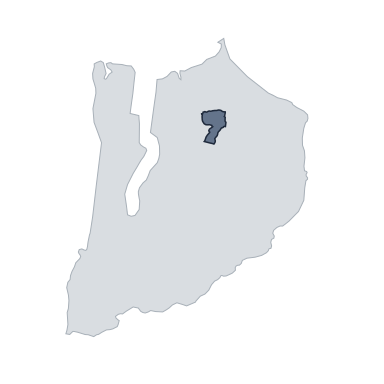 Mbacke, Diourbel, Senegal shown in context, rotated 97°
{"feature_id": "50182788B63857747785645", "entity_name": "Mbacke", "entity_type": "district", "adm_level": 2, "iso_a3": "SEN", "parent_name": "Senegal", "parent_adm1": "Diourbel", "projection": "orthographic", "projection_center": [-15.86, 14.756], "detail": "fine", "context": "in_parent", "style": "filled", "palette": "slate", "viewbox_px": 384, "rotation_deg": 97, "n_neighbors": 0, "source": "geoboundaries", "source_scale": "gbopen_adm2", "svg_char_len": 7165}
<svg xmlns="http://www.w3.org/2000/svg" viewBox="0 0 384 384"><g transform="rotate(97 192 192)"><path d="M300.9,175.2L305.7,183.5L304.8,187.6L303.8,193.5L306.5,197.7L309.7,200.4L312.0,203.0L314.6,206.5L315.1,213.5L314.7,218.6L316.4,220.8L317.8,223.7L317.6,226.1L316.7,228.3L313.7,231.2L313.3,236.4L318.3,242.7L321.5,246.1L321.5,248.1L322.4,250.3L324.8,252.8L326.2,252.2L327.8,250.1L328.5,248.6L332.7,249.2L334.7,249.8L337.5,253.9L338.6,256.7L339.3,260.1L342.2,264.4L344.7,267.4L345.3,269.3L347.5,271.9L346.3,277.7L346.5,280.6L345.1,288.4L344.8,292.0L344.9,293.3L348.3,296.0L348.1,299.9L344.6,299.3L338.7,299.0L326.8,301.2L322.7,300.5L314.8,300.9L309.3,302.1L302.2,304.7L296.7,304.2L293.7,302.3L289.8,302.4L285.4,301.4L280.7,299.6L276.4,298.7L271.7,295.2L269.5,294.6L268.0,295.5L266.8,296.7L265.4,297.5L262.9,296.9L261.9,294.4L262.7,292.1L262.9,290.3L261.7,289.4L258.9,289.1L254.3,289.1L247.0,288.5L245.3,288.1L228.8,287.6L211.7,287.7L197.2,287.8L178.9,287.8L166.1,287.8L154.1,287.8L144.8,292.5L134.8,297.7L121.3,300.5L105.8,299.4L100.8,300.2L95.7,302.4L91.9,304.1L86.5,305.1L79.6,304.2L76.8,304.7L75.1,302.4L73.1,298.6L74.4,295.8L78.6,294.0L84.9,291.7L88.3,292.9L90.2,293.0L90.6,291.5L89.9,290.7L85.2,288.6L82.7,285.9L80.6,287.5L78.9,290.8L77.4,291.8L75.2,292.7L74.0,290.4L73.5,288.2L74.5,286.6L74.0,277.1L74.6,272.1L74.3,267.7L77.3,264.8L80.2,263.0L91.2,262.9L101.5,262.7L111.5,262.9L121.6,263.0L122.6,254.1L125.8,253.5L130.6,252.5L139.5,251.5L149.4,250.4L151.5,248.7L153.2,245.7L154.2,243.1L156.3,242.0L159.0,242.9L162.7,244.2L166.5,246.4L170.8,248.3L173.7,249.5L180.6,252.6L192.5,256.9L202.3,258.5L214.0,255.3L222.5,253.2L223.5,249.4L222.2,245.7L215.8,242.3L207.2,242.8L204.6,243.7L200.6,244.9L198.2,245.3L194.1,244.6L188.9,241.7L185.7,238.8L181.2,237.4L175.8,236.1L167.1,230.0L162.6,229.0L158.4,228.7L150.2,229.9L142.2,233.1L138.0,240.5L130.1,240.4L113.1,240.2L97.5,239.9L84.6,240.4L83.3,235.1L80.3,230.8L75.4,227.2L74.3,223.8L76.0,220.8L80.8,218.5L81.9,216.7L79.4,217.0L75.6,218.5L73.1,218.6L72.8,213.9L68.6,207.9L63.9,197.7L58.6,193.5L54.2,185.3L49.5,182.1L45.2,180.6L41.6,180.9L40.2,184.6L35.7,179.2L41.9,177.3L55.3,170.6L70.7,151.2L84.5,128.3L86.3,122.9L88.0,118.7L89.2,109.3L91.1,103.8L93.0,102.7L95.3,98.4L98.1,90.9L101.3,86.7L104.8,85.9L107.6,86.3L109.5,87.8L115.3,88.8L124.9,89.1L132.2,88.0L137.5,85.4L144.3,84.1L152.8,84.0L157.2,82.9L157.7,80.7L158.8,80.1L160.5,80.9L162.2,80.6L163.8,79.0L165.3,78.9L166.9,80.3L174.0,80.6L186.6,80.0L198.3,83.9L209.1,92.2L214.7,97.8L215.1,100.6L216.9,103.5L220.1,106.3L223.1,106.8L225.7,105.0L227.8,105.1L229.4,107.3L232.4,107.7L235.8,106.4L238.3,106.8L238.7,108.1L239.3,108.8L241.0,109.1L243.2,110.7L246.4,115.1L249.0,121.4L251.0,129.4L253.7,133.7L256.9,134.4L258.8,136.0L259.2,137.9L260.1,139.2L261.7,139.9L264.4,139.4L267.6,142.1L271.2,147.9L271.7,150.5L271.2,152.0L271.4,153.0L273.7,154.0L275.9,155.9L277.7,158.7L281.6,161.3L287.4,163.4L291.7,166.7L294.4,171.1L299.8,174.8L300.9,175.2Z" fill="#d9dde1" stroke="#a8b0b8" stroke-width="1"/><path d="M111.2,190.6L111.3,190.7L111.7,190.7L112.1,190.8L112.7,190.9L113.1,190.9L113.2,191.0L113.2,192.0L113.3,192.0L113.6,191.8L113.7,191.7L113.9,191.7L114.0,191.6L114.4,191.3L114.5,191.3L114.7,191.2L114.8,191.1L115.1,191.1L115.3,191.1L115.5,191.2L115.8,191.2L116.0,191.2L116.4,191.1L116.6,191.1L116.8,191.0L117.0,191.0L117.1,190.9L117.3,190.9L117.8,190.9L118.1,190.8L118.3,190.8L118.6,190.7L118.8,190.7L119.0,190.6L119.4,190.5L119.5,190.5L119.7,190.4L119.8,190.4L120.0,190.3L120.1,190.2L120.5,190.1L120.9,189.8L121.0,189.7L121.3,189.5L121.4,189.4L121.5,189.2L121.8,189.0L122.0,188.9L122.2,188.7L122.3,188.6L122.5,188.5L122.6,188.3L122.8,188.2L122.9,187.9L123.0,187.8L123.0,187.7L123.1,187.4L123.2,187.2L123.3,187.0L123.4,186.8L123.4,186.6L123.5,186.5L123.5,186.4L123.5,186.2L123.5,185.9L123.5,185.7L123.5,185.4L123.5,185.1L123.4,184.9L123.4,184.7L123.3,184.1L123.3,183.9L123.2,183.5L123.2,183.3L123.1,183.2L123.1,182.8L123.1,182.6L123.1,182.4L123.2,182.1L123.2,181.9L123.3,181.6L123.3,181.4L123.3,181.2L123.4,180.9L123.5,180.8L123.5,180.6L123.5,180.4L123.8,180.3L124.1,180.2L124.3,180.2L124.5,180.1L124.8,179.9L125.0,179.8L125.0,179.7L125.8,180.5L127.4,182.3L128.9,182.8L129.9,182.4L130.2,181.8L130.8,181.7L131.6,182.3L133.5,183.6L135.7,184.7L139.5,185.5L140.4,186.0L141.2,179.9L141.2,179.6L141.2,179.3L141.3,179.1L141.3,178.9L141.3,178.6L141.3,178.3L141.4,178.1L141.4,177.9L141.4,177.7L141.5,177.3L141.5,177.1L141.5,176.9L141.6,176.7L141.6,176.3L141.7,176.2L141.6,175.9L141.4,175.8L141.2,175.8L140.9,175.7L140.6,175.5L140.4,175.4L140.2,175.3L139.8,175.2L139.7,175.2L139.2,175.1L138.8,175.1L138.6,175.1L138.4,175.1L138.1,175.2L137.7,175.4L137.4,175.5L137.2,175.5L136.8,175.7L136.6,175.8L136.4,175.9L136.2,175.9L135.9,175.7L135.7,175.6L135.4,175.4L135.2,175.3L135.0,175.2L134.9,175.1L134.7,175.0L134.4,174.8L134.3,174.7L134.1,174.6L133.7,174.3L133.5,174.2L133.4,174.1L133.2,174.0L133.0,173.9L132.9,173.9L132.7,173.8L132.4,173.8L132.2,173.7L131.8,173.6L131.7,173.6L131.3,173.6L131.1,173.6L130.9,173.6L130.6,173.6L130.4,173.5L130.2,173.5L129.9,173.5L129.7,173.4L129.2,173.2L128.9,173.0L128.5,172.7L128.3,172.5L128.0,172.3L127.6,172.0L127.5,171.9L127.2,171.7L126.7,171.5L126.5,171.4L126.1,171.2L125.9,171.1L125.7,171.0L125.4,170.9L125.2,170.8L125.0,170.7L124.9,170.6L124.8,170.4L124.7,170.3L124.7,170.2L124.6,169.9L124.5,169.6L124.4,169.5L124.4,169.4L124.2,169.2L124.0,168.9L123.9,168.8L123.7,168.7L123.3,168.6L123.2,168.4L123.0,168.0L122.9,167.6L123.0,167.3L123.0,166.8L122.4,166.8L118.6,166.8L118.5,167.0L118.4,167.2L118.3,167.3L118.2,167.4L118.1,167.5L117.8,167.7L117.7,167.7L117.5,167.8L117.2,167.9L116.8,167.9L116.5,167.9L116.3,168.0L116.0,168.0L115.8,168.0L115.5,168.0L115.3,168.1L115.0,168.1L114.7,168.1L114.1,168.1L113.9,168.1L113.7,168.2L113.6,168.3L113.5,168.5L113.4,168.8L113.3,169.0L113.2,168.9L112.9,168.9L112.5,168.9L111.9,168.8L111.2,168.8L109.7,168.7L109.4,168.6L108.9,168.7L108.4,168.8L108.4,169.2L108.5,169.4L108.5,169.5L108.5,169.8L108.5,170.0L108.5,170.3L108.5,170.6L108.5,170.9L108.4,171.0L108.4,171.3L108.4,171.5L108.3,171.8L108.2,171.9L108.2,172.0L108.0,172.3L107.8,172.6L107.8,172.8L107.7,172.9L107.6,173.0L107.5,173.3L107.4,173.4L107.4,173.5L107.4,173.8L107.4,174.2L107.4,174.4L107.4,174.5L107.3,174.9L107.4,175.1L107.4,175.4L107.4,175.5L107.4,175.8L107.5,175.9L107.5,176.0L107.6,176.3L107.7,176.6L107.8,176.7L107.9,176.9L107.9,177.0L108.0,177.1L108.1,177.3L108.1,177.6L108.1,177.9L108.1,178.0L108.2,178.3L108.2,178.6L108.3,178.8L108.3,179.0L108.3,179.3L108.4,179.5L108.4,179.8L108.5,179.9L108.5,180.0L108.6,180.4L108.6,180.6L108.7,180.8L108.7,181.0L108.8,181.1L108.8,181.3L108.9,181.6L109.0,181.7L109.0,181.8L109.1,182.0L109.2,182.3L109.3,182.5L109.4,182.8L109.5,183.1L109.6,183.3L109.6,183.5L109.6,183.8L109.5,184.1L109.5,184.3L109.5,184.6L109.6,185.0L109.7,185.3L109.8,185.4L109.8,185.5L109.9,185.8L110.0,185.9L110.1,186.0L110.3,186.2L110.4,186.3L110.5,186.5L110.7,186.8L110.8,187.0L110.9,187.3L111.0,187.6L110.9,187.8L110.9,188.0L110.8,188.3L110.8,188.6L110.7,188.7L110.7,188.8L110.6,189.0L110.7,189.3L110.9,189.5L111.0,189.6L111.2,189.8L111.2,190.1L111.2,190.3L111.2,190.5L111.2,190.6Z" fill="#64748b" stroke="#1e293b" stroke-width="1.5"/></g></svg>